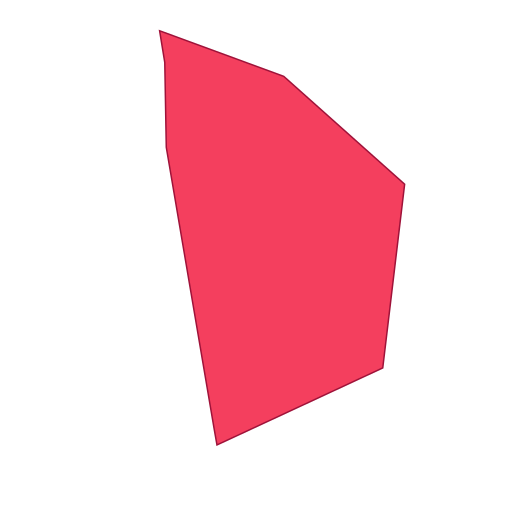 map outline of Macao S.A.R (orthographic projection), rotated 105°
{"feature_id": "MAC", "entity_name": "Macao S.A.R", "entity_type": "country or territory", "adm_level": 0, "iso_a3": "MAC", "parent_name": "Asia", "parent_adm1": "", "projection": "orthographic", "projection_center": [113.504, 22.221], "detail": "fine", "context": "isolated", "style": "filled", "palette": "rose", "viewbox_px": 512, "rotation_deg": 105, "n_neighbors": 0, "source": "natural_earth", "source_scale": "50m", "svg_char_len": 275}
<svg xmlns="http://www.w3.org/2000/svg" viewBox="0 0 512 512"><g transform="rotate(105 256 256)"><path d="M63.4,407.4L75.3,275.7L148.2,131.0L331.3,104.6L448.6,244.8L434.0,251.6L174.2,370.8L92.7,394.2L63.4,407.4Z" fill="#f43f5e" stroke="#9f1239" stroke-width="1.5"/></g></svg>